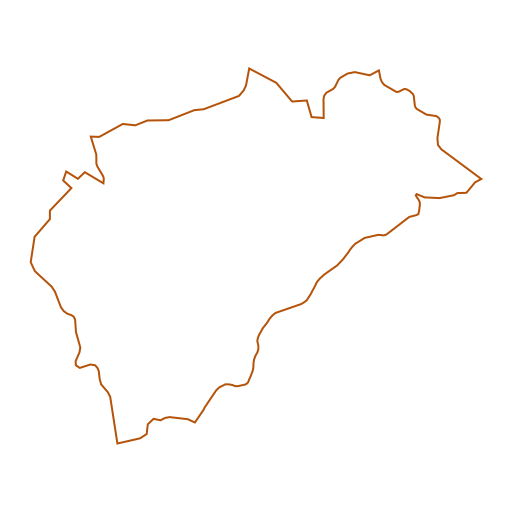 an SVG outline of Segovia
{"feature_id": "ESP-5843", "entity_name": "Segovia", "entity_type": "Autonomous Community", "adm_level": 1, "iso_a3": "ESP", "parent_name": "Spain", "parent_adm1": "", "projection": "albers", "projection_center": [-3.954, 41.108], "detail": "fine", "context": "isolated", "style": "outline", "palette": "amber", "viewbox_px": 512, "rotation_deg": 0, "n_neighbors": 0, "source": "natural_earth", "source_scale": "10m", "svg_char_len": 2047}
<svg xmlns="http://www.w3.org/2000/svg" viewBox="0 0 512 512"><path d="M194.9,422.5L187.8,419.2L169.6,417.1L165.1,417.9L160.5,420.3L153.6,418.8L147.8,424.3L146.7,434.0L140.1,438.3L117.4,443.5L110.2,396.8L107.7,392.0L101.1,384.3L99.6,378.6L98.8,371.2L97.5,368.0L95.2,365.3L90.5,364.5L79.8,367.9L75.9,365.3L75.6,361.2L79.5,352.3L80.3,347.5L76.0,332.2L75.1,319.6L73.7,316.7L71.7,315.3L67.1,313.6L63.7,311.1L61.0,307.4L55.0,291.8L51.7,286.7L34.9,271.2L30.7,262.2L34.6,236.8L49.9,219.1L49.9,210.6L71.4,188.1L63.2,180.5L66.2,171.5L77.9,178.8L84.8,172.2L103.4,183.3L103.8,178.9L103.2,176.3L97.3,166.4L96.4,163.7L96.3,154.6L90.8,136.6L99.2,136.9L122.7,124.0L135.3,125.3L147.4,120.5L168.7,120.2L194.2,110.2L203.8,109.2L239.0,95.9L243.7,90.4L246.0,85.5L249.2,68.5L276.3,82.8L292.0,101.4L292.5,101.5L306.8,100.5L311.6,117.1L323.7,118.0L323.5,99.3L324.2,95.7L326.3,92.8L333.0,89.0L334.9,87.1L338.5,79.8L340.2,77.8L347.7,73.5L354.8,72.1L369.7,75.3L378.9,70.4L380.5,78.6L381.9,82.1L384.4,85.0L396.5,92.0L398.8,91.7L404.2,89.0L406.4,89.2L409.9,91.2L413.0,94.2L413.8,96.1L414.8,105.3L415.5,107.4L416.7,108.9L426.4,114.6L436.4,116.1L438.6,117.7L439.7,119.4L439.9,121.3L437.4,138.3L438.0,145.0L441.3,149.3L481.3,179.0L475.1,182.3L466.4,192.8L457.3,193.1L454.0,195.2L439.6,198.1L424.7,197.4L416.6,194.1L415.8,195.3L416.8,197.2L418.4,199.4L419.7,202.0L419.9,204.7L419.1,210.8L418.4,214.1L416.1,215.2L409.3,216.9L386.3,234.6L383.8,235.4L378.5,234.8L364.7,237.9L355.3,243.7L352.4,246.7L350.1,249.6L348.3,252.4L343.0,259.3L337.2,265.4L324.4,274.4L319.9,278.5L317.0,281.9L314.1,287.8L312.4,290.8L310.9,293.8L306.8,300.2L304.1,302.3L301.3,304.0L275.6,312.9L272.5,315.4L269.7,318.6L267.2,322.6L262.8,328.2L258.9,335.2L257.9,338.0L257.3,340.8L258.4,346.2L258.3,349.2L257.4,352.3L255.4,355.9L254.2,359.1L253.6,362.1L253.3,367.9L252.7,370.8L250.5,376.6L249.2,379.4L248.0,382.5L246.2,384.1L244.5,384.7L237.7,386.2L235.0,386.1L232.4,385.0L229.1,384.4L225.4,384.3L219.4,387.3L216.3,390.2L204.7,407.4L203.5,409.9L194.9,422.5Z" fill="none" stroke="#b45309" stroke-width="2"/></svg>